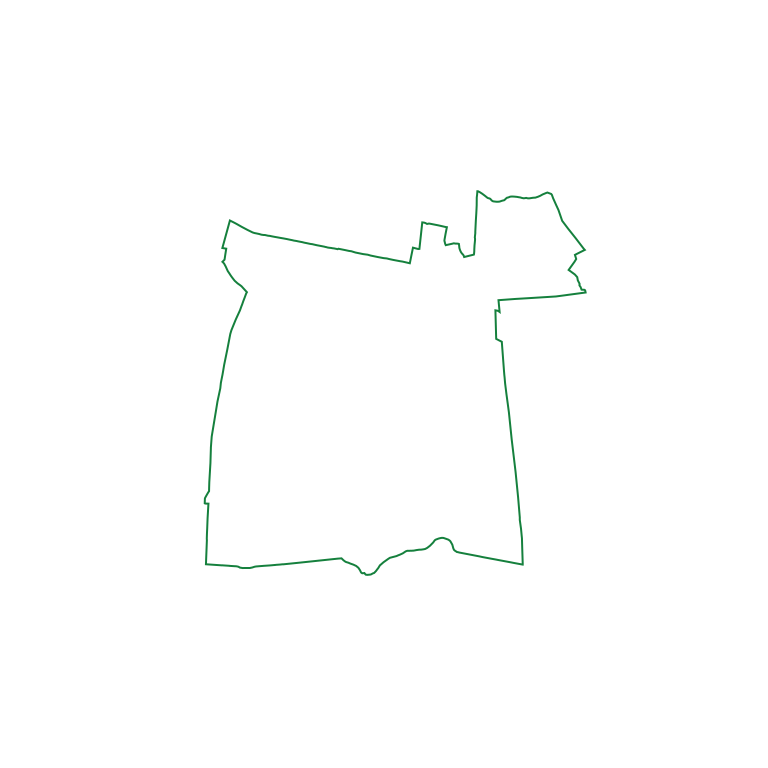 Draguseni, Suceava, Romania (Mercator projection), rotated 312°
{"feature_id": "2599482B30729987174468", "entity_name": "Draguseni", "entity_type": "district", "adm_level": 2, "iso_a3": "ROU", "parent_name": "Romania", "parent_adm1": "Suceava", "projection": "mercator", "projection_center": [26.522, 47.306], "detail": "fine", "context": "isolated", "style": "outline", "palette": "green", "viewbox_px": 768, "rotation_deg": 312, "n_neighbors": 0, "source": "geoboundaries", "source_scale": "gbopen_adm2", "svg_char_len": 5422}
<svg xmlns="http://www.w3.org/2000/svg" viewBox="0 0 768 768"><g transform="rotate(312 384 384)"><path d="M176.3,423.9L177.4,424.8L180.4,427.7L181.1,428.3L182.5,429.6L182.6,429.8L195.4,441.4L203.4,448.6L223.4,466.6L225.8,468.9L226.0,469.1L225.9,471.9L226.1,474.1L226.2,474.5L226.4,475.1L227.3,477.0L227.5,477.4L227.6,477.9L228.1,479.3L229.3,482.2L230.2,485.2L230.2,486.5L230.3,487.8L230.0,489.1L229.5,490.9L228.8,492.6L228.6,493.2L228.7,493.9L228.8,494.5L230.0,495.6L230.4,495.9L230.2,496.9L230.2,497.1L230.1,498.0L230.9,499.2L232.7,500.9L233.7,501.7L235.7,502.4L237.0,503.1L239.6,503.2L241.6,503.0L243.3,502.9L246.0,502.4L246.4,502.3L247.8,502.5L251.2,502.9L254.8,503.7L256.6,504.1L258.5,504.6L258.8,504.7L264.6,508.5L265.6,508.9L268.0,510.1L270.8,511.3L274.1,512.1L275.6,512.9L275.7,513.0L278.2,515.7L280.0,517.5L281.0,518.3L282.1,519.1L283.8,520.5L285.0,521.6L285.7,522.4L287.5,523.9L288.3,524.5L289.0,525.0L290.4,525.5L290.6,525.6L291.3,525.8L292.4,526.0L294.6,526.4L299.2,526.6L300.0,526.5L301.8,526.3L303.0,526.6L305.7,528.0L307.2,529.0L307.7,529.4L308.0,529.6L308.6,530.2L309.4,531.2L310.0,532.6L310.6,534.0L311.4,536.0L311.6,537.6L311.5,538.7L310.3,542.3L308.3,545.4L307.6,546.9L307.6,547.7L307.6,548.4L307.9,550.1L307.9,550.5L308.4,551.3L308.9,552.2L309.0,552.5L319.7,570.2L321.3,573.0L326.0,580.7L328.6,584.9L329.6,586.6L331.2,589.2L336.4,597.7L337.7,599.9L342.6,607.9L343.0,607.6L345.7,605.0L355.4,595.7L361.7,589.7L362.5,588.8L363.5,587.7L368.1,582.7L373.9,575.8L375.7,574.2L389.5,559.5L406.8,540.5L428.5,515.7L446.5,495.8L452.2,489.1L458.3,481.9L465.4,473.7L466.7,472.3L469.6,469.2L471.2,467.4L474.5,463.9L494.2,443.3L492.6,437.2L493.2,436.6L513.3,417.5L514.3,419.1L514.7,420.0L514.9,421.7L522.9,413.0L535.3,424.9L543.1,432.6L564.1,453.2L586.9,472.6L587.5,471.8L587.7,471.5L588.0,471.1L588.2,470.5L588.1,469.9L586.3,467.7L587.6,465.2L588.0,463.5L588.3,463.0L589.2,462.5L589.7,461.4L590.7,458.7L592.7,456.1L593.1,452.5L592.3,444.9L602.2,443.8L605.5,443.2L607.7,439.5L609.6,440.2L614.2,442.0L618.0,443.5L618.1,442.4L618.3,441.2L620.6,428.9L622.6,417.0L624.5,407.2L630.0,397.3L632.1,392.4L635.2,385.4L636.9,382.2L637.1,381.1L635.6,377.3L634.3,376.6L630.9,375.0L628.5,374.2L626.3,373.2L623.8,371.8L622.2,370.2L619.5,368.0L618.4,366.9L617.8,365.9L617.4,365.1L616.3,364.3L615.4,363.4L614.6,362.1L613.8,360.4L613.0,359.2L612.1,357.7L610.7,355.8L609.6,354.4L608.4,353.1L607.6,352.4L606.3,351.8L605.6,351.4L604.8,350.8L604.2,350.7L603.2,350.5L602.2,350.5L601.1,350.4L600.2,349.8L599.0,349.0L597.0,347.9L596.2,347.2L595.5,346.5L594.7,345.6L593.9,344.5L593.0,343.2L592.6,342.4L592.5,341.8L592.5,340.8L592.7,339.1L592.5,338.3L591.9,337.2L591.6,336.4L591.4,332.9L591.1,329.6L590.6,326.5L590.3,325.6L590.1,324.8L589.7,324.4L589.1,324.9L587.0,326.5L586.0,327.2L584.7,328.1L578.7,333.4L575.9,335.7L574.3,337.0L572.2,338.7L566.9,342.9L557.7,350.4L557.5,350.7L553.6,353.5L553.3,354.0L552.4,354.9L551.4,355.7L547.6,358.5L544.5,361.0L543.0,362.3L541.0,363.8L540.3,364.2L532.0,358.6L532.8,357.2L533.0,356.2L533.1,355.5L533.1,354.7L533.5,353.0L533.8,352.2L534.3,351.1L534.9,350.0L535.6,348.9L536.9,347.5L538.2,345.9L537.9,345.3L537.1,344.2L536.2,343.2L535.7,342.4L535.2,341.7L533.7,340.7L528.5,337.0L529.1,335.7L529.7,334.8L530.4,333.8L530.8,333.1L531.2,332.8L531.9,332.3L536.9,329.2L542.6,325.8L541.7,324.4L538.3,318.3L534.6,312.1L533.7,310.6L533.4,310.2L532.8,309.6L532.2,309.3L531.7,308.7L531.6,308.2L531.3,307.0L530.7,305.7L529.7,304.3L518.5,312.4L508.1,319.9L507.9,319.7L507.2,319.1L504.7,314.3L497.9,318.3L491.0,322.4L487.4,315.9L485.9,313.6L483.4,309.5L482.2,307.5L480.3,304.2L479.2,302.1L477.3,299.5L474.3,294.6L470.5,288.1L469.2,285.4L466.6,281.6L462.6,274.8L460.8,270.9L459.5,269.0L457.5,265.5L454.0,259.6L453.2,259.4L452.6,258.3L451.3,256.1L450.3,254.7L449.8,253.8L449.3,253.1L448.5,252.0L447.6,250.6L447.2,249.7L446.7,248.9L446.1,247.7L445.5,246.7L445.2,246.2L443.4,243.2L442.3,241.4L441.0,239.1L439.9,237.1L439.2,236.1L438.5,235.0L437.3,232.9L435.7,230.2L434.7,228.3L433.6,226.5L432.4,224.5L431.8,223.4L430.5,221.4L430.3,221.1L429.5,219.6L427.9,216.9L426.7,214.8L424.8,211.7L423.4,209.5L421.8,206.9L420.3,204.5L418.6,201.7L417.7,200.1L416.6,198.6L415.1,195.9L414.1,194.7L413.0,193.1L411.9,190.8L410.7,188.7L409.5,186.7L408.7,184.9L408.2,183.1L407.2,179.6L406.2,175.6L405.6,173.2L404.3,167.3L403.7,164.9L402.4,160.1L397.2,162.7L376.9,172.9L379.0,176.2L374.4,179.2L369.7,182.3L366.7,182.2L366.7,182.7L366.5,184.6L365.4,187.7L363.4,192.3L362.6,195.5L362.1,197.3L361.6,199.5L361.1,202.2L360.8,204.0L360.8,207.8L360.9,208.7L361.1,210.4L361.3,212.6L360.5,220.7L359.1,221.0L354.8,222.7L351.4,224.0L348.1,225.4L346.7,225.9L342.3,227.7L332.7,230.7L321.9,234.6L318.3,236.3L304.4,244.7L291.3,252.4L286.1,255.7L282.6,257.9L281.4,258.6L275.7,262.0L271.3,265.2L259.5,272.0L252.2,276.7L229.7,291.1L220.9,297.9L220.7,298.1L209.0,308.0L194.1,319.9L189.5,323.8L187.3,325.7L185.8,325.9L183.9,326.3L179.9,327.2L179.1,327.5L178.6,327.9L175.4,330.6L175.5,331.1L177.6,333.6L166.1,342.8L158.3,349.3L154.4,352.5L150.6,355.7L149.4,356.9L130.9,372.3L140.3,384.3L141.0,385.1L145.4,390.7L145.4,390.8L148.4,394.6L149.3,395.7L149.9,396.5L150.7,397.9L151.1,399.4L151.1,399.7L152.7,402.2L153.7,403.2L157.3,407.2L157.5,407.4L157.7,407.6L158.6,408.2L158.9,408.5L160.2,409.3L161.6,410.1L162.4,410.7L162.5,410.8L163.1,411.3L168.6,416.5L172.1,419.9L172.6,420.4L175.4,423.0L176.2,423.7L176.3,423.9Z" fill="none" stroke="#15803d" stroke-width="2"/></g></svg>